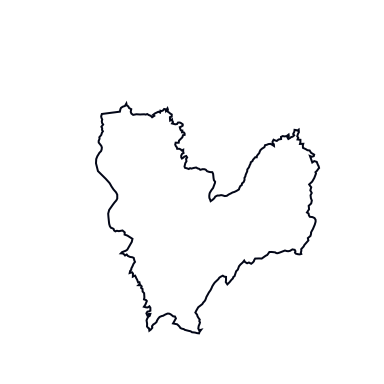 Cruz Alta, Rio Grande do Sul, Brazil, rotated 230°
{"feature_id": "56859067B45704163828292", "entity_name": "Cruz Alta", "entity_type": "district", "adm_level": 2, "iso_a3": "BRA", "parent_name": "Brazil", "parent_adm1": "Rio Grande do Sul", "projection": "natural_earth1", "projection_center": [-53.567, -28.718], "detail": "fine", "context": "isolated", "style": "outline", "palette": "ink", "viewbox_px": 384, "rotation_deg": 230, "n_neighbors": 0, "source": "geoboundaries", "source_scale": "gbopen_adm2", "svg_char_len": 6003}
<svg xmlns="http://www.w3.org/2000/svg" viewBox="0 0 384 384"><g transform="rotate(230 192 192)"><path d="M74.3,235.9L75.7,236.5L76.6,237.9L78.0,238.9L78.5,242.5L79.2,244.1L80.1,250.0L82.2,251.1L82.2,254.5L83.5,256.4L84.5,257.2L85.3,259.2L85.9,260.8L88.1,265.1L89.8,267.6L91.3,268.8L93.3,269.1L95.3,268.2L97.3,266.3L99.1,266.6L100.6,267.5L102.4,266.9L103.5,270.5L105.0,271.6L106.4,272.5L106.6,275.9L108.4,278.3L110.8,279.1L113.3,280.7L114.3,283.1L117.2,283.7L119.0,286.4L121.0,286.4L122.5,286.6L122.7,290.7L124.1,294.6L125.8,297.7L126.5,298.9L127.8,299.3L127.9,301.2L128.4,303.1L128.7,304.8L130.4,305.6L131.9,305.9L134.9,306.9L137.1,305.5L137.3,303.1L141.5,304.7L143.7,305.5L142.0,306.4L141.2,308.3L142.1,309.6L145.5,308.4L148.2,308.8L149.8,307.3L151.7,306.7L154.5,305.4L156.5,306.9L157.4,308.2L159.4,305.6L160.4,307.0L162.3,308.6L164.4,306.6L165.4,308.3L167.0,308.4L168.4,310.5L169.1,312.3L171.2,313.8L171.3,312.1L172.5,311.6L173.7,310.5L172.5,309.3L171.4,306.8L169.7,306.7L169.7,304.6L170.3,303.3L170.4,301.5L170.7,299.9L172.4,300.2L172.6,302.1L173.9,302.9L174.0,300.4L175.3,298.4L176.5,297.5L177.0,295.6L175.3,294.3L176.6,292.0L176.6,289.8L178.1,288.8L179.6,288.1L178.8,286.1L177.6,285.1L176.0,285.4L174.6,284.4L176.6,283.8L178.5,283.0L179.6,281.3L180.1,279.6L180.9,278.1L179.8,276.3L180.2,273.4L180.1,271.4L179.4,269.8L178.6,268.5L178.3,266.5L177.9,264.9L177.0,263.9L178.0,262.8L177.5,259.5L176.8,258.1L177.0,256.2L176.1,255.1L175.4,253.4L174.3,251.5L173.7,248.9L172.3,247.5L171.6,246.0L170.7,244.2L169.6,242.8L169.1,241.3L167.5,240.0L166.4,237.9L166.4,235.8L165.3,234.5L165.5,232.9L164.7,231.0L163.8,229.6L164.2,226.9L164.8,224.5L165.6,222.7L165.9,221.0L166.5,218.6L166.7,216.2L167.8,214.5L169.7,213.3L170.9,212.3L171.8,210.6L173.0,209.1L173.5,206.9L172.9,205.0L172.8,202.7L173.0,200.4L174.6,201.0L176.3,201.5L177.9,202.7L179.3,204.2L180.0,205.3L181.0,208.3L181.5,210.7L183.4,214.0L184.1,215.3L185.0,216.3L187.0,216.4L188.9,217.5L190.8,218.8L192.3,219.8L194.1,220.3L195.5,218.8L196.6,217.9L198.3,216.9L200.1,216.9L201.3,216.3L202.6,214.9L203.7,212.6L205.3,212.3L206.4,211.5L208.1,210.9L209.3,208.8L210.3,206.6L211.5,205.8L211.7,204.3L213.3,203.4L215.0,202.2L216.3,202.6L218.4,205.4L219.1,207.5L221.1,208.7L221.6,210.5L223.3,210.7L224.0,208.9L223.9,207.4L224.1,205.8L225.4,206.0L226.8,207.1L227.6,208.9L227.3,210.6L228.8,211.3L230.0,212.4L230.4,210.8L231.9,210.7L233.2,210.1L234.6,208.4L235.9,209.1L237.5,209.1L239.1,209.6L240.3,211.2L239.3,212.3L238.3,213.5L239.7,215.1L239.9,217.3L240.1,219.7L241.3,221.6L240.5,223.1L241.7,224.0L243.0,224.0L244.1,222.7L245.3,224.1L246.4,223.1L248.1,223.6L249.5,224.3L249.0,225.9L248.8,227.5L249.8,228.4L251.8,227.9L253.1,227.3L254.2,225.9L253.7,224.2L254.6,222.7L257.3,220.8L257.8,222.4L259.3,222.7L260.5,223.4L260.8,221.2L262.0,222.0L263.5,223.2L262.8,224.9L264.4,226.3L266.2,225.7L267.7,225.5L269.4,225.0L270.6,226.5L271.9,227.0L271.0,224.2L272.4,224.9L273.5,224.0L273.1,222.4L273.5,220.7L274.6,220.0L273.4,218.6L275.1,217.8L276.0,214.2L276.1,211.8L274.6,212.0L274.9,209.5L276.8,209.4L278.9,208.3L280.5,207.8L281.0,206.4L282.3,205.3L284.8,202.0L287.3,199.4L288.9,196.5L291.1,196.0L292.8,196.6L294.5,198.7L296.7,197.8L298.6,198.2L300.3,197.7L302.0,198.6L301.0,195.9L301.8,194.0L302.1,191.8L301.5,190.4L299.9,188.4L309.7,173.1L308.4,171.1L307.0,170.3L305.2,169.8L304.2,168.4L302.7,167.5L300.8,167.3L300.2,164.5L298.6,164.2L297.4,163.0L295.8,162.8L295.3,161.1L294.0,159.1L293.5,156.2L292.2,155.4L291.1,153.3L289.8,152.3L285.8,152.2L284.1,151.6L282.8,150.3L281.8,148.7L281.5,146.1L280.9,144.5L280.3,142.6L278.8,139.8L275.7,136.9L268.5,133.4L257.6,134.4L252.0,134.6L250.0,134.3L248.1,133.9L244.3,133.5L240.5,133.6L238.0,133.0L235.0,130.5L234.2,128.6L233.8,126.0L233.2,123.4L231.5,117.0L229.3,113.9L226.8,112.1L222.4,109.1L220.7,108.0L218.6,107.1L216.7,106.9L215.6,107.6L214.2,108.2L212.6,107.6L211.1,108.0L210.6,109.5L209.0,110.8L207.2,114.0L204.3,114.5L202.7,113.0L200.1,114.5L194.4,116.3L192.5,113.8L189.4,105.3L189.6,103.5L190.9,99.7L190.7,98.1L189.5,99.4L187.8,99.9L186.4,99.9L186.1,101.8L184.2,101.8L182.1,102.8L180.4,104.3L179.0,105.0L176.5,103.8L175.1,103.4L174.6,101.1L173.3,98.5L172.5,96.5L171.5,95.4L171.3,93.9L170.0,92.2L169.1,94.4L167.5,94.4L165.2,92.3L164.6,94.6L163.3,94.4L161.9,93.9L160.1,93.6L157.4,92.6L156.7,93.7L155.1,92.9L155.0,91.1L153.5,92.7L152.1,92.8L151.3,91.4L149.6,91.8L147.5,90.2L145.3,90.3L141.9,87.8L140.6,86.2L138.8,87.3L137.5,87.3L135.7,83.9L135.0,81.4L133.1,82.7L132.0,83.9L131.8,85.9L130.1,85.7L127.8,83.8L128.2,82.3L129.0,81.0L128.4,79.1L126.4,78.5L126.4,80.4L125.4,81.7L124.3,80.0L124.5,78.2L123.8,76.3L122.9,74.7L119.9,72.9L117.9,71.1L116.5,71.0L115.1,71.4L113.2,70.2L113.1,72.0L113.5,74.3L114.9,75.1L115.4,77.2L115.1,79.2L115.2,81.2L116.0,82.6L116.7,84.6L117.1,86.8L116.5,88.9L115.7,90.5L115.5,92.0L115.1,93.5L114.6,95.1L113.5,96.3L112.1,97.0L108.8,97.7L107.6,98.9L105.5,98.4L103.5,93.0L101.7,94.4L100.2,95.6L98.5,95.8L96.9,95.9L95.2,95.7L93.5,96.6L92.4,97.5L91.0,97.9L87.9,100.1L86.2,101.4L84.5,101.9L83.2,103.2L82.2,104.1L80.6,105.2L79.2,106.5L80.0,107.9L80.6,110.4L81.5,108.6L83.4,109.1L85.0,110.9L86.1,113.0L87.0,114.3L88.4,114.6L89.3,115.9L91.2,116.0L93.2,116.3L94.7,117.0L97.5,117.1L98.3,118.9L99.7,122.7L99.5,127.8L100.1,129.6L100.3,131.5L100.8,133.0L101.6,134.4L102.4,135.7L102.9,137.1L104.2,140.4L104.8,142.8L105.7,145.0L106.7,146.9L107.5,149.3L108.0,151.2L108.3,156.1L108.8,157.9L108.6,159.7L108.1,161.8L106.4,162.3L105.1,163.5L102.5,161.3L101.3,160.0L98.5,159.7L98.8,162.9L99.4,165.9L99.5,167.7L100.3,169.0L100.2,170.5L102.9,174.9L103.1,177.2L104.9,180.3L105.3,182.5L105.4,185.5L105.9,187.9L104.3,187.6L102.0,188.4L101.4,190.3L99.0,191.2L98.9,192.8L99.1,194.7L99.9,196.0L100.4,197.6L97.8,200.9L96.2,202.6L96.0,205.1L95.8,207.5L95.4,209.2L95.8,210.8L96.3,212.7L95.1,214.2L93.7,215.6L92.3,216.9L91.0,217.3L90.1,218.2L89.3,220.1L87.4,225.6L86.0,226.5L84.8,227.6L83.9,229.3L83.5,232.0L81.7,233.5L80.2,233.2L79.4,231.9L78.1,231.9L76.3,233.1L75.0,234.4L74.3,235.9Z" fill="none" stroke="#020617" stroke-width="2"/></g></svg>